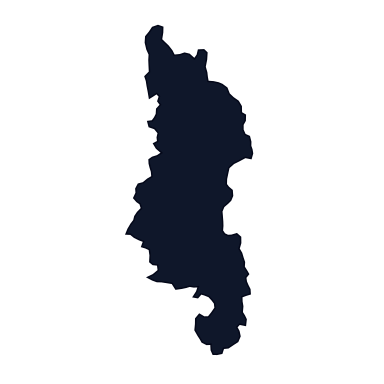 outline of Itaú de Minas, Minas Gerais, Brazil, rotated 198°
{"feature_id": "56859067B38132611717867", "entity_name": "Itaú de Minas", "entity_type": "district", "adm_level": 2, "iso_a3": "BRA", "parent_name": "Brazil", "parent_adm1": "Minas Gerais", "projection": "robinson", "projection_center": [-46.774, -20.734], "detail": "fine", "context": "isolated", "style": "filled", "palette": "ink", "viewbox_px": 384, "rotation_deg": 198, "n_neighbors": 0, "source": "geoboundaries", "source_scale": "gbopen_adm2", "svg_char_len": 2500}
<svg xmlns="http://www.w3.org/2000/svg" viewBox="0 0 384 384"><g transform="rotate(198 192 192)"><path d="M106.9,117.3L110.0,120.4L112.7,123.5L114.5,127.2L112.9,131.4L115.9,134.1L119.3,136.9L120.5,141.5L123.1,145.0L126.0,149.2L129.8,152.6L130.0,158.5L131.9,164.1L136.5,166.1L141.0,163.0L144.4,161.7L148.1,162.2L151.2,164.6L152.3,169.2L153.8,173.4L155.9,178.5L157.7,182.8L157.3,187.9L154.5,192.5L152.7,196.0L152.3,200.9L154.4,206.0L158.8,207.8L161.8,209.9L163.3,215.0L163.9,220.5L164.5,226.5L161.2,232.1L156.9,236.3L152.0,241.4L146.2,242.1L146.4,247.4L148.2,250.9L150.5,253.9L151.7,257.9L154.6,262.5L159.4,263.1L162.8,266.9L164.4,271.8L163.5,276.3L165.1,281.7L169.6,282.7L171.7,288.7L176.1,292.6L182.0,294.4L187.0,296.8L191.0,301.7L196.7,303.6L200.5,303.9L205.5,303.4L211.0,302.1L213.1,306.0L215.0,310.2L218.3,315.1L219.2,322.5L220.9,329.1L224.6,330.9L229.7,329.0L229.3,323.9L230.8,319.3L237.1,322.1L242.0,321.7L245.9,318.8L251.2,316.5L254.8,320.1L259.8,323.5L264.6,325.8L268.2,327.6L269.3,334.6L270.8,339.7L275.8,339.8L280.4,336.3L281.9,330.9L284.0,325.6L282.5,319.7L278.9,313.8L275.1,309.6L273.7,304.3L272.0,299.7L269.5,293.1L272.4,287.4L269.6,283.6L267.4,279.2L264.4,273.8L261.5,268.2L258.9,271.3L256.1,274.8L252.5,272.8L252.5,267.8L248.9,265.2L251.2,260.1L249.9,255.1L250.5,251.2L251.8,247.3L255.8,245.4L252.9,240.9L247.2,240.8L242.3,237.7L241.9,233.2L240.2,229.5L243.4,226.2L239.4,222.7L232.9,219.9L236.2,215.7L240.4,212.7L242.8,209.5L241.4,205.8L239.4,202.6L236.8,198.9L234.8,194.3L238.1,190.6L241.3,185.6L245.5,182.9L246.4,177.8L244.8,173.9L245.5,168.3L241.5,165.9L237.7,164.7L235.0,160.9L237.5,155.8L238.8,151.2L238.5,147.0L240.0,142.9L241.3,137.1L241.7,131.7L237.4,132.9L232.8,131.1L227.3,130.3L222.7,130.1L222.9,124.5L219.0,124.6L214.8,124.1L212.2,118.8L210.5,112.5L206.8,111.0L202.1,112.0L199.8,107.0L203.4,101.3L207.8,97.1L202.5,96.2L197.7,96.0L193.3,97.3L188.5,98.1L182.6,99.0L177.4,94.7L172.1,97.3L168.3,99.5L165.1,101.7L161.1,102.3L156.7,103.9L156.7,98.7L158.3,92.7L153.9,93.3L151.9,98.0L148.5,98.1L143.6,97.8L139.5,95.5L136.1,93.1L134.2,88.9L135.9,83.2L137.8,78.2L141.8,76.8L147.2,78.0L149.3,72.7L147.7,67.5L146.4,61.6L141.8,57.4L138.7,54.9L136.0,52.4L131.0,51.6L126.9,53.1L124.8,47.6L121.8,44.2L118.0,45.4L113.8,47.8L113.8,53.1L109.4,55.0L105.4,60.1L102.3,63.9L101.8,69.6L104.4,74.1L107.7,77.2L106.0,81.0L100.0,81.7L101.2,87.6L104.0,90.5L107.1,93.1L108.5,99.0L110.7,103.2L112.3,107.7L108.8,110.5L105.2,113.0L106.9,117.3Z" fill="#0f172a" stroke="#020617" stroke-width="1.5"/></g></svg>